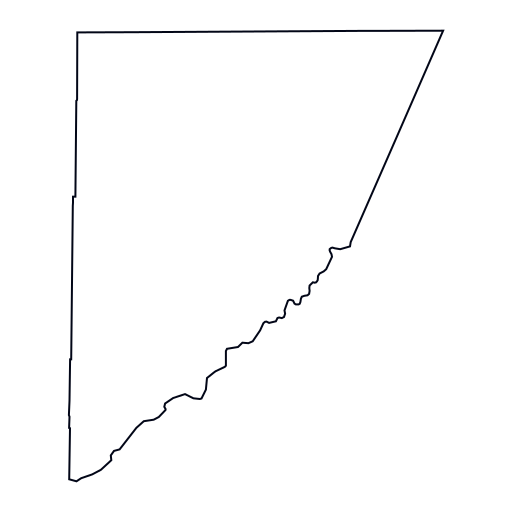 Garrett, Maryland, United States of America
{"feature_id": "52423323B87744490422478", "entity_name": "Garrett", "entity_type": "district", "adm_level": 2, "iso_a3": "USA", "parent_name": "United States of America", "parent_adm1": "Maryland", "projection": "orthographic", "projection_center": [-79.245, 39.463], "detail": "fine", "context": "isolated", "style": "outline", "palette": "ink", "viewbox_px": 512, "rotation_deg": 0, "n_neighbors": 0, "source": "geoboundaries", "source_scale": "gbopen_adm2", "svg_char_len": 1418}
<svg xmlns="http://www.w3.org/2000/svg" viewBox="0 0 512 512"><path d="M443.1,30.7L441.2,30.7L364.9,30.9L357.6,30.9L133.4,32.2L77.3,32.4L77.1,99.1L76.9,100.2L76.3,100.8L76.2,111.6L75.4,196.7L73.0,196.7L73.0,202.8L72.8,205.7L71.2,359.3L70.1,359.3L69.5,400.9L68.9,415.1L69.5,416.7L69.1,427.9L69.8,428.1L70.0,428.2L69.2,479.3L76.5,481.3L81.2,478.2L92.2,474.4L100.9,469.8L111.3,460.2L110.8,455.4L114.0,450.9L119.6,449.4L136.4,427.8L143.8,421.2L153.7,419.7L158.8,417.0L165.5,410.0L165.6,409.1L164.3,406.8L165.1,403.5L173.2,398.0L185.0,394.1L193.4,398.3L199.8,399.0L201.5,398.5L205.9,389.6L207.0,378.0L213.5,372.8L215.5,371.3L224.9,366.8L225.9,365.7L225.9,351.0L227.0,348.8L238.0,347.0L242.4,342.7L248.4,343.2L252.7,341.3L260.1,330.4L263.4,323.2L265.0,321.8L266.5,321.6L269.1,322.9L275.9,321.3L277.5,318.0L279.1,317.5L281.8,318.1L284.0,317.0L285.1,313.7L284.5,310.4L287.9,300.8L289.4,299.9L290.7,299.9L293.1,300.7L294.5,303.6L295.8,304.4L297.2,304.4L298.6,304.4L299.7,303.8L300.4,302.0L300.9,298.8L301.8,296.7L304.4,295.8L307.5,295.3L309.1,293.9L309.6,290.9L309.3,288.0L309.6,285.5L312.9,282.3L314.6,282.7L316.0,282.4L317.0,281.3L317.7,280.1L317.9,278.1L318.0,276.0L319.6,273.5L323.7,271.4L326.2,269.2L332.0,256.8L331.5,254.2L330.1,251.7L329.6,250.2L329.7,249.1L330.3,248.6L331.3,247.9L332.5,247.6L334.8,248.3L340.2,249.2L350.0,246.4L350.7,242.1L396.5,137.5L443.1,30.7Z" fill="none" stroke="#020617" stroke-width="2"/></svg>